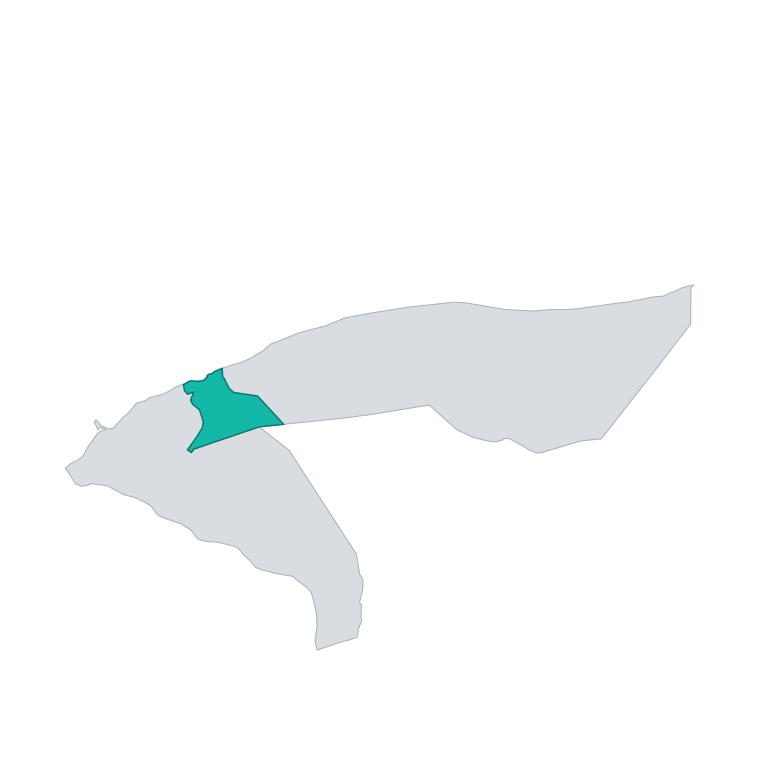 where Nugaal sits in Somalia, rotated 218°
{"feature_id": "SOM-2413", "entity_name": "Nugaal", "entity_type": "Region", "adm_level": 1, "iso_a3": "SOM", "parent_name": "Somalia", "parent_adm1": "", "projection": "orthographic", "projection_center": [49.001, 8.49], "detail": "fine", "context": "in_parent", "style": "filled", "palette": "teal", "viewbox_px": 768, "rotation_deg": 218, "n_neighbors": 0, "source": "natural_earth", "source_scale": "10m", "svg_char_len": 3413}
<svg xmlns="http://www.w3.org/2000/svg" viewBox="0 0 768 768"><g transform="rotate(218 384 384)"><path d="M201.2,649.4L200.6,647.8L196.8,642.9L189.9,633.8L184.6,627.0L179.2,619.9L179.2,614.4L179.1,597.9L178.9,564.9L178.9,531.7L178.9,498.6L178.9,482.0L179.0,475.2L179.5,474.1L185.7,468.1L193.9,460.2L204.6,445.1L210.5,436.8L215.4,430.0L216.6,427.9L220.9,423.8L229.0,421.4L234.0,421.0L251.1,418.2L253.7,416.9L255.2,415.5L256.6,412.2L260.0,407.6L264.4,404.5L272.6,400.4L280.6,396.9L282.4,396.4L292.1,394.3L294.5,393.6L298.4,392.8L299.9,392.8L313.4,393.8L323.9,394.5L334.7,395.3L335.8,394.8L343.5,386.6L355.6,373.5L363.3,365.1L375.2,352.2L384.4,342.9L394.5,332.5L404.4,323.1L416.2,311.7L423.6,304.6L435.2,293.4L446.2,282.8L455.9,273.4L442.5,273.4L429.5,273.3L416.7,273.3L414.4,272.1L403.6,268.4L390.0,263.7L373.1,257.8L361.0,253.6L348.2,249.2L335.3,244.8L325.1,241.2L312.4,236.9L301.4,233.0L299.9,232.1L293.9,226.4L285.9,218.9L284.4,218.7L280.6,217.2L277.2,213.1L273.8,208.0L270.6,201.5L269.2,197.2L264.9,195.3L262.8,191.8L259.0,186.7L256.3,184.2L255.3,182.0L254.1,177.5L252.0,172.7L249.9,169.6L249.4,168.3L249.5,167.5L253.7,161.0L255.5,158.7L257.6,156.4L259.3,154.2L260.0,152.7L265.0,145.0L269.5,138.3L272.9,133.1L280.3,139.2L287.5,151.7L295.9,161.7L307.6,171.1L312.2,174.3L316.4,176.0L338.0,176.0L353.4,167.7L367.4,161.7L372.1,160.5L380.2,162.2L389.1,162.8L397.1,164.7L401.2,164.3L417.1,157.3L427.2,150.4L434.0,147.5L436.6,147.5L445.9,150.0L457.8,148.9L474.2,143.0L479.4,141.8L483.3,141.7L492.2,144.4L493.6,144.3L498.4,143.8L511.1,140.9L520.9,136.6L539.1,133.5L552.9,125.6L555.2,121.8L559.4,117.0L565.4,115.4L580.9,120.9L583.4,121.4L582.5,124.8L582.0,128.2L578.9,134.3L576.9,141.0L578.5,151.2L579.3,167.9L579.0,170.3L578.0,172.7L577.5,174.5L575.9,175.2L575.1,176.3L576.4,176.7L581.2,174.9L581.1,172.9L581.4,171.9L585.4,174.1L588.3,175.0L589.1,177.1L588.9,178.5L584.4,177.9L582.0,176.8L575.3,178.6L571.2,180.6L570.0,183.9L569.1,196.9L567.5,205.4L567.3,216.6L561.9,224.0L560.1,229.3L552.0,239.8L547.7,248.7L546.4,253.1L539.2,265.4L529.4,274.8L525.9,286.8L522.3,294.3L518.4,301.2L509.7,313.3L505.2,321.8L499.6,336.4L497.9,345.7L482.1,372.6L465.7,394.0L455.5,412.0L437.1,432.8L412.1,459.7L379.3,491.4L370.4,497.8L334.5,517.2L311.3,533.4L299.4,544.5L287.0,554.1L277.1,563.2L247.3,594.0L244.2,596.9L241.3,599.6L237.6,604.8L235.0,606.9L227.9,615.7L223.5,620.2L218.5,624.7L216.4,627.9L214.9,631.6L213.3,633.6L208.8,642.4L204.9,648.1L201.0,652.6L201.2,649.4Z" fill="#d9dde1" stroke="#a8b0b8" stroke-width="1"/><path d="M438.3,290.4L438.7,290.1L440.6,288.2L442.5,286.4L444.4,284.5L446.3,282.7L448.3,280.8L450.2,279.0L452.1,277.1L454.0,275.3L455.9,273.4L458.3,269.8L460.6,266.2L463.0,262.6L465.4,259.0L467.7,255.4L470.1,251.8L472.4,248.2L474.8,244.7L477.1,241.0L479.5,237.4L481.9,233.9L484.2,230.2L486.6,226.6L488.9,223.0L491.2,219.4L493.6,215.8L493.6,211.4L498.3,211.1L499.1,228.2L500.3,237.7L503.0,242.8L507.3,246.0L513.6,250.0L522.6,250.3L526.5,252.3L528.9,260.2L530.9,257.5L532.4,255.1L537.1,255.9L541.7,260.1L541.3,260.6L540.7,261.9L539.6,265.4L538.8,266.9L537.5,268.1L532.4,271.3L529.0,274.8L528.3,275.9L527.9,277.4L527.5,280.2L527.7,280.6L528.3,281.0L528.5,281.9L528.4,282.9L528.1,283.6L527.0,285.2L525.9,286.5L525.5,287.2L525.4,288.9L525.2,289.6L521.2,296.7L515.6,290.4L513.3,290.0L503.4,285.2L497.2,284.8L476.3,296.7L439.6,290.7L439.3,290.7L438.3,290.4Z" fill="#14b8a6" stroke="#0f766e" stroke-width="1.5"/></g></svg>